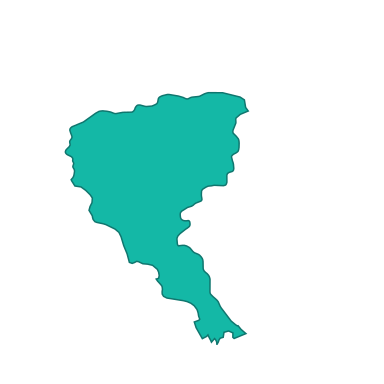 SVG path tracing the border of Chon Buri, rotated 311°
{"feature_id": "THA-430", "entity_name": "Chon Buri", "entity_type": "Province", "adm_level": 1, "iso_a3": "THA", "parent_name": "Thailand", "parent_adm1": "", "projection": "robinson", "projection_center": [101.175, 13.094], "detail": "fine", "context": "isolated", "style": "filled", "palette": "teal", "viewbox_px": 384, "rotation_deg": 311, "n_neighbors": 0, "source": "natural_earth", "source_scale": "10m", "svg_char_len": 3960}
<svg xmlns="http://www.w3.org/2000/svg" viewBox="0 0 384 384"><g transform="rotate(311 192 192)"><path d="M121.3,314.4L121.3,314.5L120.5,319.1L120.5,325.6L109.1,319.9L109.1,318.2L112.5,315.3L111.1,310.8L107.1,308.2L102.8,310.9L100.2,309.2L98.2,309.4L96.0,310.3L93.0,310.9L94.1,310.0L95.1,308.8L95.8,307.3L96.2,305.2L91.4,305.2L92.2,303.6L93.8,299.5L94.6,297.8L92.6,297.8L88.1,296.0L92.3,284.1L95.4,279.0L99.6,281.3L101.1,281.3L102.7,278.4L104.8,275.9L106.6,272.9L107.6,268.3L107.3,264.1L106.1,260.3L104.4,256.9L95.5,242.6L94.6,239.0L95.4,236.5L97.1,234.9L99.2,233.5L101.1,231.4L101.6,229.3L102.2,224.4L102.8,222.1L104.9,223.4L107.4,222.1L109.6,219.4L110.9,216.6L110.8,210.3L108.4,205.8L105.6,202.0L104.3,197.3L103.3,195.7L101.1,194.9L98.9,193.7L97.8,190.9L102.8,183.5L106.7,175.7L111.7,167.8L113.6,163.3L113.5,158.1L110.9,148.4L109.8,145.9L106.6,140.1L105.9,138.2L106.4,135.4L107.5,133.7L108.6,132.4L110.6,126.3L114.1,124.6L118.4,123.5L122.1,120.7L123.1,116.9L123.5,110.7L123.0,104.9L119.7,99.7L121.5,93.8L122.0,92.7L124.6,92.7L126.5,92.2L128.2,91.3L130.8,89.6L131.3,88.9L131.8,88.2L132.4,86.4L132.8,85.6L133.5,85.1L135.2,84.4L135.8,84.1L136.3,83.5L136.5,83.0L136.6,82.8L136.7,82.6L136.8,82.3L137.1,81.6L137.7,81.1L138.4,80.7L139.0,80.1L139.3,79.3L139.5,78.3L139.4,77.3L138.4,73.6L138.3,72.6L138.4,71.6L138.7,70.7L139.2,70.1L139.9,69.7L140.8,69.4L141.7,69.3L145.7,69.6L146.6,69.4L147.5,69.2L148.1,68.6L149.1,67.3L149.7,66.7L150.5,66.3L153.4,66.0L154.2,65.7L154.9,65.3L155.8,63.9L157.0,61.6L158.4,59.4L159.0,58.9L159.8,58.5L160.8,58.4L161.7,58.5L162.7,58.7L173.5,64.1L188.2,67.6L191.8,68.9L193.1,69.9L194.6,71.3L197.1,74.8L198.2,76.7L199.0,78.2L200.2,81.6L200.8,82.6L201.3,83.2L206.8,87.6L212.6,94.0L213.5,94.6L215.1,94.8L216.2,94.7L217.2,94.4L218.0,94.0L218.9,93.8L219.8,93.7L220.8,93.7L221.7,93.9L222.6,94.6L223.5,95.6L225.8,100.3L226.5,101.4L230.6,105.4L233.5,106.8L235.4,107.5L236.5,107.4L237.4,107.1L238.1,106.7L239.6,105.8L240.3,105.4L241.1,105.2L242.0,105.2L242.9,105.4L244.3,106.0L245.3,106.5L249.4,109.4L250.6,110.8L255.5,118.8L257.6,123.4L258.1,125.3L258.4,126.2L258.9,127.1L259.7,127.9L262.4,129.0L263.6,129.8L268.3,134.2L269.4,135.0L274.3,137.0L276.5,138.3L277.8,139.3L287.0,150.0L295.2,166.0L295.9,171.1L291.0,177.0L290.0,181.3L282.3,177.5L276.9,176.7L275.8,177.1L273.4,179.4L272.7,179.9L265.6,182.4L264.2,183.3L263.4,184.5L263.1,188.9L262.5,192.0L262.1,192.9L261.2,194.1L259.7,195.6L256.4,198.3L254.6,199.4L253.2,200.0L252.2,200.0L250.4,199.6L247.6,198.5L246.0,198.3L245.1,198.4L244.5,198.7L244.1,199.2L241.7,202.6L241.4,203.3L240.2,205.0L237.2,208.1L235.9,208.9L234.6,209.1L233.7,208.8L231.2,207.2L229.4,206.7L228.4,206.9L227.5,207.3L222.3,211.9L220.8,212.6L219.5,212.8L218.7,212.5L217.3,211.5L211.6,204.3L210.3,203.3L209.6,202.8L207.2,200.5L206.5,200.1L204.7,199.3L201.4,198.3L200.2,198.3L199.1,198.5L196.5,200.5L195.2,201.7L193.9,203.3L192.9,204.4L191.9,204.8L191.0,204.7L186.4,202.3L185.5,202.0L184.4,201.7L183.0,201.6L181.9,201.3L181.0,201.0L177.5,198.8L170.8,196.8L169.7,196.8L168.5,197.0L167.2,197.9L165.5,199.7L165.0,200.4L164.6,201.1L164.5,202.1L164.5,203.2L164.8,204.1L165.2,204.9L166.2,206.3L166.8,206.9L168.0,207.9L168.3,208.8L168.0,209.9L166.5,211.6L165.4,212.3L164.3,212.6L163.4,212.5L161.5,212.1L159.7,211.6L152.8,210.3L149.7,210.2L148.0,210.7L146.8,211.3L143.5,214.7L142.9,215.5L142.5,216.3L142.5,217.0L142.6,217.3L143.3,217.8L145.6,219.9L146.7,221.2L147.5,222.8L147.8,223.6L148.2,225.5L148.4,226.5L148.4,227.5L147.7,231.6L147.7,232.8L147.8,233.8L148.1,234.7L149.0,237.3L149.2,238.2L149.3,239.2L149.1,241.3L148.6,243.3L147.9,244.6L146.7,246.0L141.7,250.5L141.2,251.1L140.8,251.9L140.4,252.8L140.3,253.8L140.2,254.9L140.3,257.0L140.0,259.1L139.7,260.0L139.3,260.9L138.4,262.3L137.9,262.9L128.6,270.9L128.0,271.5L127.5,272.2L127.1,273.0L127.0,274.0L126.8,276.4L126.8,279.8L126.7,282.1L126.3,283.9L124.3,288.1L123.7,289.9L120.3,306.2L120.4,311.8L120.7,314.0L121.3,314.4Z" fill="#14b8a6" stroke="#0f766e" stroke-width="1.5"/></g></svg>